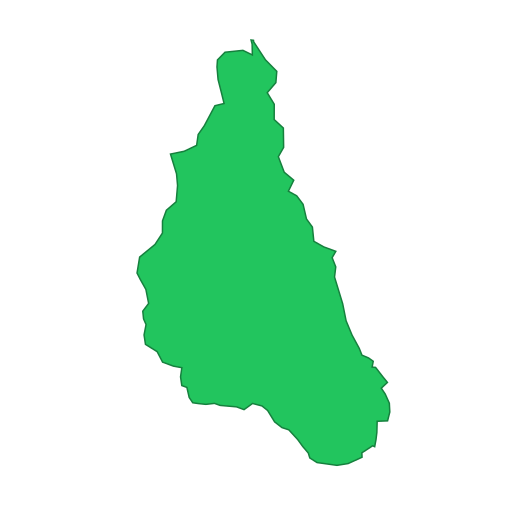 outline of Mandria Lemesou, Limassol, Cyprus, rotated 85°
{"feature_id": "46923920B25695470611853", "entity_name": "Mandria Lemesou", "entity_type": "district", "adm_level": 2, "iso_a3": "CYP", "parent_name": "Cyprus", "parent_adm1": "Limassol", "projection": "orthographic", "projection_center": [32.836, 34.866], "detail": "fine", "context": "isolated", "style": "filled", "palette": "green", "viewbox_px": 512, "rotation_deg": 85, "n_neighbors": 0, "source": "geoboundaries", "source_scale": "gbopen_adm2", "svg_char_len": 1486}
<svg xmlns="http://www.w3.org/2000/svg" viewBox="0 0 512 512"><g transform="rotate(85 256 256)"><path d="M456.3,154.4L449.5,152.5L442.4,151.0L431.2,149.7L431.7,139.3L423.1,136.3L414.3,136.0L404.8,139.3L398.6,142.7L393.4,136.1L387.2,140.3L377.4,146.6L376.8,150.0L371.1,148.4L367.4,152.7L364.0,159.1L357.0,161.2L343.2,167.2L328.4,171.9L311.2,173.8L283.8,179.6L273.8,177.5L264.3,180.3L258.3,176.1L252.9,187.6L246.4,197.1L232.1,197.3L223.5,202.5L208.6,204.6L199.6,210.2L194.3,218.1L183.8,211.8L175.0,220.6L159.0,225.1L150.2,219.0L130.9,217.6L121.7,226.0L106.4,224.6L94.3,230.6L85.0,221.1L73.9,219.2L61.4,229.5L43.3,239.2L42.7,239.6L40.9,239.7L40.4,242.1L44.6,241.4L55.4,242.1L50.0,251.1L50.3,269.1L57.3,277.3L64.3,278.4L76.9,278.4L90.4,276.2L101.3,274.5L102.7,283.8L121.8,296.2L129.9,303.0L140.6,305.5L145.4,318.4L147.0,332.3L167.2,328.0L179.0,328.0L195.0,330.8L202.6,341.3L212.9,346.1L225.0,347.2L235.7,355.6L246.9,372.0L262.6,376.0L269.3,373.3L279.7,368.6L293.9,367.1L301.1,373.6L308.8,373.5L314.7,371.5L324.9,374.4L334.4,373.8L342.7,362.8L353.6,358.3L358.5,347.9L360.8,339.6L369.8,341.7L378.6,341.2L380.9,336.3L391.1,334.9L396.7,331.8L398.0,326.2L399.4,319.0L399.4,318.0L399.2,310.2L401.7,304.8L404.6,288.5L408.0,281.3L402.6,272.3L405.9,263.1L410.9,257.9L422.9,251.9L429.2,245.1L432.0,238.5L442.4,230.5L449.9,226.0L456.8,221.1L461.9,220.0L467.1,213.2L471.6,193.6L470.8,182.3L465.7,167.9L461.3,167.7L455.2,156.3L456.3,154.4Z" fill="#22c55e" stroke="#15803d" stroke-width="1.5"/></g></svg>